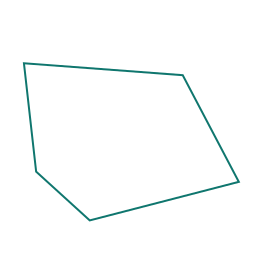 the district of Emporia, Virginia, United States of America, rotated 79°
{"feature_id": "52423323B31228113371343", "entity_name": "Emporia", "entity_type": "district", "adm_level": 2, "iso_a3": "USA", "parent_name": "United States of America", "parent_adm1": "Virginia", "projection": "robinson", "projection_center": [-77.532, 36.696], "detail": "fine", "context": "isolated", "style": "outline", "palette": "teal", "viewbox_px": 256, "rotation_deg": 79, "n_neighbors": 0, "source": "geoboundaries", "source_scale": "gbopen_adm2", "svg_char_len": 231}
<svg xmlns="http://www.w3.org/2000/svg" viewBox="0 0 256 256"><g transform="rotate(79 128 128)"><path d="M86.6,64.2L44.6,217.8L153.3,226.5L211.4,183.2L202.0,29.5L86.6,64.2Z" fill="none" stroke="#0f766e" stroke-width="2"/></g></svg>